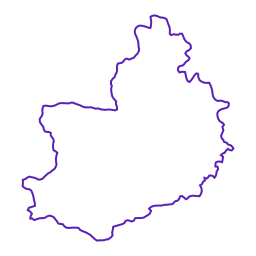 Carrancas, Minas Gerais, Brazil
{"feature_id": "56859067B6726149469872", "entity_name": "Carrancas", "entity_type": "district", "adm_level": 2, "iso_a3": "BRA", "parent_name": "Brazil", "parent_adm1": "Minas Gerais", "projection": "robinson", "projection_center": [-44.612, -21.476], "detail": "fine", "context": "isolated", "style": "outline", "palette": "violet", "viewbox_px": 256, "rotation_deg": 0, "n_neighbors": 0, "source": "geoboundaries", "source_scale": "gbopen_adm2", "svg_char_len": 4294}
<svg xmlns="http://www.w3.org/2000/svg" viewBox="0 0 256 256"><path d="M209.3,82.8L206.8,82.9L205.1,82.9L203.4,82.4L201.6,81.6L199.6,80.2L198.3,77.1L198.1,73.8L196.3,73.4L194.3,75.6L192.8,78.0L191.1,80.3L189.4,82.0L187.4,80.7L186.3,77.8L185.7,75.0L185.1,72.0L182.0,71.8L179.4,72.4L177.9,70.0L178.3,67.3L179.9,66.1L181.6,65.7L183.3,65.2L185.0,62.9L186.7,61.2L188.5,60.2L189.5,58.3L188.2,56.6L186.8,55.5L185.3,53.4L186.7,51.2L189.0,50.2L190.9,48.2L190.7,45.4L189.4,43.5L187.2,42.4L185.7,41.1L184.3,39.0L183.2,36.3L182.1,33.8L180.1,33.6L178.3,34.8L176.1,34.6L173.5,34.3L171.1,35.1L169.8,33.9L169.9,32.0L169.9,29.8L169.6,27.6L168.6,24.9L167.6,22.2L166.7,19.5L164.7,18.1L162.6,17.6L160.6,17.5L158.9,16.8L156.8,15.9L154.4,15.4L152.4,15.8L150.5,16.8L150.8,18.9L151.2,20.9L151.1,24.9L150.4,28.0L148.5,27.7L146.8,27.1L144.8,26.4L141.8,25.7L139.3,25.7L137.6,26.4L135.9,28.0L134.8,30.5L134.9,33.3L135.9,35.5L137.1,38.3L138.2,41.5L138.4,44.2L138.6,46.6L139.0,48.6L139.0,50.7L137.5,53.6L135.7,55.4L133.9,57.6L131.4,58.6L129.1,59.6L127.2,58.7L125.4,58.9L124.0,60.6L122.4,62.5L120.2,63.1L118.0,63.5L116.9,66.0L117.1,68.8L116.9,71.9L115.6,74.4L114.6,77.1L112.7,78.8L111.0,81.2L111.0,84.1L111.8,85.8L111.4,87.7L111.1,90.3L111.6,93.0L112.1,96.0L113.2,98.0L114.7,99.7L116.2,101.5L115.8,103.9L116.9,106.4L117.1,109.5L115.0,110.4L112.5,109.9L109.5,109.5L106.9,109.7L104.5,109.8L101.7,109.5L99.8,109.0L97.9,108.4L95.7,108.7L93.7,108.1L91.7,107.4L88.4,107.4L84.8,107.3L82.3,106.5L80.1,105.3L77.4,104.4L75.6,103.8L73.8,102.9L71.5,102.5L69.4,103.3L66.4,103.3L64.3,103.2L62.2,103.1L59.7,103.2L57.2,104.3L55.1,105.4L52.7,106.1L50.3,106.3L48.1,106.0L45.6,105.6L43.4,106.0L42.5,108.6L42.3,111.1L42.6,113.5L41.9,115.9L40.8,117.3L39.7,119.1L39.9,122.0L41.5,124.7L43.3,126.6L43.6,128.7L44.8,131.3L47.1,132.0L48.8,132.0L50.8,132.9L50.7,135.2L51.6,136.8L53.0,138.5L53.8,140.6L53.4,142.7L53.0,145.0L53.1,147.9L53.6,150.2L55.3,151.1L57.3,152.7L56.6,155.1L56.1,157.2L55.9,159.6L56.1,161.9L56.5,164.5L55.8,166.7L54.5,168.9L52.2,170.6L50.1,172.4L47.9,173.5L46.2,175.1L44.1,177.0L42.6,178.7L40.7,179.4L38.3,179.6L36.4,178.5L34.0,177.6L31.7,177.3L29.6,176.6L27.4,177.5L25.4,179.0L22.8,179.9L22.9,181.9L22.9,183.8L22.6,186.2L24.7,188.0L26.8,189.0L29.4,189.2L31.4,190.8L32.5,193.5L33.4,196.4L34.0,199.9L34.8,202.9L35.0,205.8L33.0,206.5L30.8,207.2L29.0,207.7L27.7,210.1L30.2,211.6L31.9,213.7L30.5,216.5L30.3,218.6L32.3,218.6L34.3,220.1L36.9,219.1L39.1,218.4L41.1,218.1L43.4,218.2L45.1,217.7L46.9,216.5L49.5,215.6L51.7,216.2L53.7,217.2L55.7,219.7L57.2,221.6L58.2,223.5L60.1,223.9L62.8,224.2L63.9,225.7L65.7,227.4L68.8,228.0L71.6,227.7L73.8,227.6L76.8,227.7L78.7,228.1L80.0,229.8L82.3,231.1L84.6,231.9L87.0,233.0L90.5,235.0L92.3,236.8L93.7,238.0L95.0,239.3L97.1,240.6L99.6,240.3L102.3,240.3L104.4,240.1L106.4,239.4L108.1,239.4L109.7,238.2L111.5,236.9L112.6,235.1L112.1,232.6L112.7,230.3L113.2,226.8L116.0,225.9L118.0,225.4L120.1,224.7L122.2,224.2L124.3,223.1L125.5,220.9L127.6,220.3L129.7,220.7L131.4,221.5L133.7,220.8L135.1,218.2L137.2,218.1L139.3,218.0L141.6,218.0L143.9,217.5L145.5,216.5L147.4,215.4L149.6,213.9L151.1,210.8L149.1,208.7L150.8,207.1L153.3,206.0L155.7,205.7L158.2,205.5L161.4,205.6L164.7,204.8L167.5,204.7L169.8,204.4L172.5,204.1L174.1,202.3L175.5,201.1L177.2,200.9L179.0,199.2L180.1,196.4L181.9,195.9L184.0,197.5L185.9,199.2L187.5,198.5L189.0,196.7L191.1,196.0L192.8,195.7L195.2,195.9L197.7,196.1L199.5,196.2L201.2,193.5L201.8,190.8L201.4,188.0L200.0,185.3L202.0,184.1L203.1,181.7L204.8,180.6L204.5,177.9L206.3,178.7L208.4,177.1L209.3,175.5L211.2,175.5L213.0,176.1L214.5,177.7L215.6,176.1L216.4,173.7L216.6,171.5L218.1,169.1L217.5,166.6L215.4,166.5L215.4,164.1L216.0,162.3L217.7,161.6L219.5,161.5L222.1,162.2L222.6,159.5L223.1,156.8L220.9,155.1L222.9,153.4L224.6,152.9L225.8,150.9L227.8,148.9L229.7,150.1L231.7,150.4L233.4,148.6L232.4,146.9L230.9,145.4L227.9,144.4L226.8,142.8L224.1,141.9L223.1,139.6L221.6,138.1L221.1,135.7L222.1,133.4L223.4,130.3L222.4,126.9L224.0,124.8L223.0,123.2L221.3,122.2L219.5,120.9L218.2,118.7L217.5,116.3L217.3,113.5L218.2,111.4L219.8,110.1L221.9,109.0L225.1,108.3L227.5,107.4L228.7,105.6L228.8,103.1L227.3,102.1L225.1,102.1L223.1,101.1L220.2,100.6L217.9,101.0L215.8,100.0L214.5,98.8L213.2,96.7L212.6,93.9L212.1,90.1L211.2,87.0L209.3,82.8Z" fill="none" stroke="#5b21b6" stroke-width="2"/></svg>